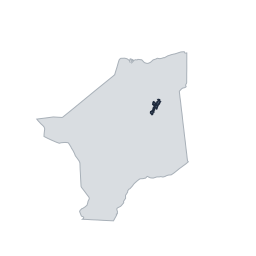 location of Kitui Rural, Eastern, Kenya, rotated 231°
{"feature_id": "3690345B8782427737819", "entity_name": "Kitui Rural", "entity_type": "district", "adm_level": 2, "iso_a3": "KEN", "parent_name": "Kenya", "parent_adm1": "Eastern", "projection": "robinson", "projection_center": [37.883, -1.488], "detail": "fine", "context": "in_parent", "style": "filled", "palette": "slate", "viewbox_px": 256, "rotation_deg": 231, "n_neighbors": 0, "source": "geoboundaries", "source_scale": "gbopen_adm2", "svg_char_len": 5497}
<svg xmlns="http://www.w3.org/2000/svg" viewBox="0 0 256 256"><g transform="rotate(231 128 128)"><path d="M63.8,153.6L63.7,150.5L64.1,142.6L64.1,135.6L64.4,132.1L65.9,129.9L66.6,128.3L67.1,126.1L67.9,124.3L69.7,122.8L70.0,122.0L71.9,119.5L73.1,116.3L74.0,115.2L75.0,114.2L75.8,113.7L77.0,113.1L78.0,112.8L78.2,112.6L78.3,112.1L78.0,110.1L78.4,109.5L79.0,108.1L79.8,106.9L80.5,106.1L80.9,105.3L81.1,103.9L81.1,102.9L81.1,101.3L80.9,97.7L80.1,94.6L79.6,91.2L79.9,90.1L79.3,88.1L79.0,87.9L78.5,87.5L77.8,85.6L77.3,83.9L77.0,83.5L74.9,81.9L73.8,78.4L72.6,77.6L71.9,74.1L71.8,73.0L72.5,69.5L72.4,68.7L71.7,68.0L69.7,67.2L68.0,65.7L68.3,65.2L68.4,64.7L67.5,64.4L65.0,58.3L68.2,54.7L71.5,51.0L75.7,46.4L79.5,42.1L82.9,38.4L85.8,35.1L85.8,35.7L85.8,36.6L86.1,37.1L86.7,37.4L87.6,37.1L88.3,36.6L89.0,36.4L93.5,37.8L94.2,39.0L94.2,40.3L94.4,41.2L94.0,42.2L93.7,45.0L93.8,47.6L95.1,49.5L96.3,51.0L97.2,53.1L97.9,53.8L98.9,54.1L102.0,54.2L106.5,54.4L110.8,54.5L111.2,54.5L112.2,54.8L116.2,57.7L119.8,60.3L122.9,62.6L126.0,64.8L128.9,67.0L131.2,68.7L133.4,69.3L137.0,69.5L139.6,69.6L141.9,70.4L145.3,71.1L147.9,71.4L149.5,71.8L153.8,72.3L154.5,72.0L156.4,70.0L158.6,66.8L159.4,65.0L162.2,63.3L167.0,60.8L170.5,59.1L174.3,57.4L176.0,58.9L178.4,61.3L179.5,62.5L180.3,63.0L181.6,63.4L183.2,63.4L184.0,63.3L185.8,63.0L189.9,62.7L192.3,62.7L190.3,66.0L187.9,69.8L183.6,76.9L180.2,80.6L177.7,83.4L177.5,84.0L177.5,87.1L177.5,94.8L177.6,110.2L177.7,125.5L177.7,140.9L177.7,148.6L177.8,151.2L180.0,154.4L182.1,157.6L185.0,161.7L186.5,164.0L186.7,164.7L186.7,166.2L184.3,169.4L182.4,170.8L179.8,171.5L179.0,171.3L178.0,170.9L177.6,171.6L177.3,172.8L176.7,172.6L176.3,172.2L176.6,174.3L176.8,175.3L176.4,176.7L175.2,177.9L175.1,178.9L172.3,181.6L168.5,181.9L166.5,183.2L165.6,184.3L164.9,186.7L165.1,190.4L164.0,193.2L163.8,194.6L161.8,196.4L160.9,198.1L160.3,199.8L159.7,200.5L159.0,204.4L158.1,206.7L157.9,207.4L157.6,208.1L156.9,209.5L156.5,210.4L156.1,211.0L153.8,217.0L151.9,219.7L150.5,219.4L149.5,220.4L149.4,220.9L148.9,220.6L147.7,219.6L145.2,217.6L142.8,215.6L140.3,213.6L137.8,211.6L135.4,209.6L132.9,207.5L130.4,205.5L128.0,203.5L126.5,202.3L125.9,201.6L125.4,200.2L125.1,199.9L124.5,199.4L123.7,199.3L123.5,199.1L123.5,198.4L123.7,197.4L124.6,195.6L124.7,194.5L124.6,193.3L124.3,191.3L124.0,190.8L122.4,189.8L119.0,187.6L115.5,185.5L112.1,183.3L108.7,181.1L105.2,179.0L101.8,176.8L98.4,174.6L94.9,172.4L91.5,170.3L88.1,168.1L84.6,165.9L81.2,163.8L77.8,161.6L74.3,159.4L70.9,157.3L67.5,155.1L66.2,154.3L65.0,153.6L63.8,153.6ZM178.0,174.7L177.4,174.8L177.7,173.8L179.5,172.4L180.2,172.7L180.3,173.1L180.3,173.3L180.0,173.6L178.0,174.7Z" fill="#d9dde1" stroke="#a8b0b8" stroke-width="1"/><path d="M127.6,160.1L127.3,160.0L127.0,160.0L127.0,159.9L126.9,159.3L126.5,158.9L126.4,158.8L126.2,158.6L126.2,158.3L126.2,158.1L126.2,157.0L126.1,156.9L126.1,156.7L126.2,156.3L126.2,156.2L126.3,156.1L126.4,155.9L125.5,155.0L123.3,155.1L123.3,155.9L123.4,156.0L123.5,156.1L123.7,156.3L123.9,156.5L124.0,156.9L124.1,157.0L124.2,157.3L124.3,157.4L124.4,157.5L124.5,157.7L124.6,157.8L124.8,157.9L124.7,158.0L124.8,158.0L124.9,158.4L124.9,158.5L125.0,158.5L125.1,158.8L125.2,159.0L125.3,159.2L125.3,159.3L125.5,159.7L125.5,159.8L125.7,160.0L125.8,160.0L126.0,160.0L126.2,160.3L126.3,160.3L126.4,160.5L126.5,160.6L126.5,160.8L126.6,160.7L126.6,160.9L126.7,161.1L126.7,161.3L126.8,161.3L126.7,161.4L126.8,161.5L126.7,161.7L126.5,161.8L126.4,162.0L126.2,162.1L126.2,162.3L125.9,162.4L125.5,162.6L125.4,162.5L125.2,162.5L125.1,162.4L125.1,162.5L124.9,162.6L125.0,162.8L125.3,163.1L125.5,163.5L125.8,163.8L125.9,164.0L126.0,164.1L126.2,164.3L126.3,164.6L126.4,164.8L126.4,165.0L126.5,165.0L126.6,165.3L126.6,165.5L126.8,165.6L126.9,165.8L127.0,166.0L127.2,166.3L127.1,166.5L127.3,166.5L127.4,166.9L127.4,167.0L127.4,167.3L127.4,167.5L127.2,167.5L127.2,167.8L127.3,168.0L127.6,168.4L127.7,168.5L127.8,168.7L128.0,168.7L128.0,168.8L127.9,169.1L128.0,169.2L128.2,169.3L128.2,169.6L128.4,169.5L128.5,169.5L128.8,169.5L129.1,169.4L129.0,169.5L129.2,169.8L129.4,169.8L129.6,169.9L129.8,169.8L129.9,169.7L130.0,169.7L130.2,169.8L130.3,169.8L130.5,169.9L130.6,169.7L130.6,169.8L130.7,169.7L130.9,169.7L131.0,169.6L130.9,169.5L130.8,169.4L130.7,169.4L130.8,169.3L130.7,169.3L130.7,169.2L130.4,169.0L130.4,168.9L130.3,168.7L130.3,168.8L130.2,168.8L130.1,168.7L130.1,168.4L130.0,168.2L129.9,168.0L129.9,167.9L129.8,167.7L129.8,167.4L129.7,167.4L129.7,167.2L129.8,167.2L129.9,166.9L129.7,166.9L129.5,166.7L129.4,166.6L129.4,166.4L129.2,166.3L129.2,166.2L129.1,165.8L129.1,165.6L129.3,165.3L129.4,165.2L129.5,165.1L129.7,164.9L130.0,164.8L130.4,164.7L130.6,164.7L130.8,164.8L131.1,164.7L131.3,164.6L132.2,164.6L132.3,164.3L132.3,164.2L132.2,163.9L132.0,164.0L132.0,163.9L131.9,163.8L131.8,163.6L131.7,163.4L131.5,163.1L131.4,163.0L131.3,162.8L131.2,162.7L131.0,162.4L130.9,162.3L130.9,162.2L130.5,161.8L130.4,161.6L130.4,161.8L130.4,162.0L130.3,162.3L130.3,162.5L129.7,162.4L129.4,162.4L129.3,162.5L129.2,162.8L129.2,163.0L129.3,163.2L129.3,163.3L129.3,163.5L129.2,163.6L129.1,163.8L128.9,163.9L129.0,163.9L129.0,164.0L128.9,164.0L128.9,164.3L129.0,164.4L128.9,164.4L129.0,164.5L128.9,164.9L127.9,164.8L127.9,164.7L127.9,164.4L127.9,164.2L127.9,163.7L127.8,163.4L127.9,163.2L128.0,163.1L128.2,162.9L128.2,162.7L127.9,162.7L127.9,162.4L128.0,162.3L127.9,162.3L127.9,162.2L127.9,161.9L127.9,161.7L127.9,161.3L127.8,161.0L127.8,160.8L127.8,160.7L127.7,160.5L127.7,160.4L127.6,160.1Z" fill="#64748b" stroke="#1e293b" stroke-width="1.5"/></g></svg>